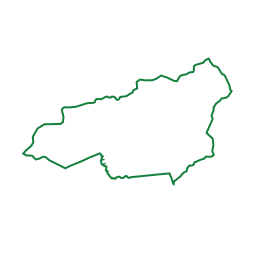 Ippy, Ouaka, Central African Republic, rotated 264°
{"feature_id": "33826404B55816089636663", "entity_name": "Ippy", "entity_type": "district", "adm_level": 2, "iso_a3": "CAF", "parent_name": "Central African Republic", "parent_adm1": "Ouaka", "projection": "natural_earth1", "projection_center": [21.235, 6.7], "detail": "fine", "context": "isolated", "style": "outline", "palette": "green", "viewbox_px": 256, "rotation_deg": 264, "n_neighbors": 0, "source": "geoboundaries", "source_scale": "gbopen_adm2", "svg_char_len": 2058}
<svg xmlns="http://www.w3.org/2000/svg" viewBox="0 0 256 256"><g transform="rotate(264 128 128)"><path d="M94.5,61.4L96.5,66.9L99.4,77.1L103.0,87.7L105.7,97.5L105.1,98.1L103.4,98.7L102.9,98.9L102.7,99.5L102.4,99.9L102.1,99.6L101.8,98.8L101.0,98.6L99.8,98.6L99.3,99.4L99.1,98.2L98.4,97.6L97.5,97.7L96.1,97.8L94.4,98.3L94.4,98.7L94.5,99.6L94.5,100.1L94.1,99.6L93.3,99.6L92.4,101.2L92.1,102.4L91.1,102.4L89.8,102.1L88.6,101.6L87.5,101.9L87.2,103.2L86.1,103.1L85.0,102.7L84.0,103.7L81.9,104.9L80.5,105.8L79.5,106.8L79.8,108.0L79.1,108.7L79.0,110.2L80.1,111.4L80.4,112.6L80.5,114.3L78.9,116.2L78.9,118.1L79.4,119.1L80.4,120.1L80.4,121.4L79.0,122.6L78.2,124.1L78.8,126.1L78.7,136.4L78.7,151.6L78.5,164.5L73.1,166.1L67.8,167.2L67.5,167.6L69.9,168.0L74.5,175.2L76.2,176.5L78.2,179.6L78.9,181.8L81.7,182.6L84.2,185.0L83.9,187.0L84.7,189.5L87.1,190.7L87.2,192.0L88.4,195.2L89.4,199.4L89.8,201.2L91.1,202.1L91.4,203.1L90.8,205.8L91.0,208.8L92.3,210.5L96.5,209.4L101.7,211.1L108.6,211.1L114.9,205.6L128.3,213.2L131.5,212.3L136.7,215.0L139.6,215.3L143.1,218.2L145.6,222.4L147.5,223.9L147.8,228.6L149.3,231.3L153.9,234.9L154.9,233.9L160.6,233.1L170.3,229.6L172.1,227.0L179.1,223.6L181.1,219.3L185.4,216.7L188.5,215.7L188.5,214.8L187.1,211.7L185.0,209.6L183.7,201.9L182.7,200.1L177.9,199.4L176.8,198.4L176.9,195.2L175.2,191.2L175.0,187.3L173.8,184.7L169.5,181.7L169.8,179.3L174.1,172.1L176.7,166.5L173.9,161.0L173.0,157.2L173.6,149.9L174.9,145.3L174.1,143.3L172.8,141.4L166.3,141.2L165.1,137.4L162.8,136.2L161.0,131.9L159.8,129.7L159.7,123.6L158.0,122.4L157.3,121.4L157.1,120.0L160.4,117.7L160.9,115.5L160.1,113.7L160.2,112.4L161.2,111.4L161.4,109.0L159.5,104.8L160.0,100.6L160.0,99.6L159.3,98.7L157.4,97.9L156.7,96.4L156.9,89.8L155.1,80.9L154.5,78.1L154.7,70.5L155.3,66.8L153.9,64.6L152.1,64.1L148.8,64.6L146.0,65.0L140.8,64.0L139.1,61.5L139.7,54.2L140.4,45.2L137.0,38.0L129.2,32.4L123.6,32.3L120.4,30.0L116.3,24.2L113.5,21.1L111.4,24.0L110.5,29.7L106.4,33.0L106.7,36.2L108.4,41.0L107.6,43.1L104.3,46.2L94.5,61.4Z" fill="none" stroke="#15803d" stroke-width="2"/></g></svg>